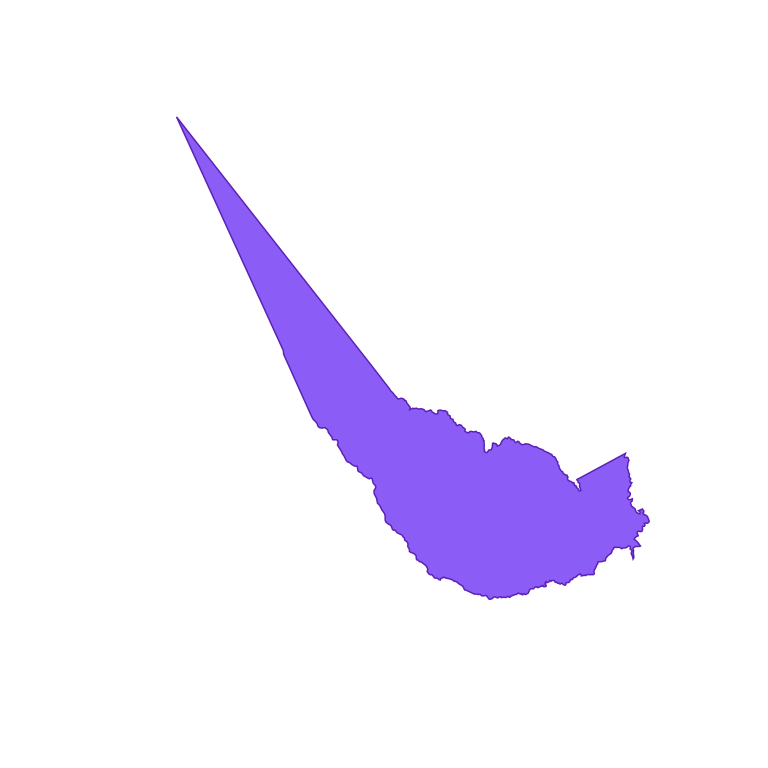 outline of Nithi, Eastern, Kenya, rotated 25°
{"feature_id": "3690345B87545875120940", "entity_name": "Nithi", "entity_type": "district", "adm_level": 2, "iso_a3": "KEN", "parent_name": "Kenya", "parent_adm1": "Eastern", "projection": "albers", "projection_center": [37.753, -0.301], "detail": "fine", "context": "isolated", "style": "filled", "palette": "violet", "viewbox_px": 768, "rotation_deg": 25, "n_neighbors": 0, "source": "geoboundaries", "source_scale": "gbopen_adm2", "svg_char_len": 6168}
<svg xmlns="http://www.w3.org/2000/svg" viewBox="0 0 768 768"><g transform="rotate(25 384 384)"><path d="M83.1,229.6L278.7,396.3L280.6,399.6L332.1,444.0L334.8,446.0L337.2,446.7L340.1,448.2L342.2,450.3L344.0,450.8L345.4,450.5L346.5,450.2L348.9,448.4L352.1,449.3L352.9,449.9L354.0,451.4L359.4,454.3L360.8,456.1L361.8,456.0L364.0,454.8L365.3,454.7L366.2,455.1L367.0,456.3L367.6,459.0L374.4,463.4L375.5,464.6L378.3,466.2L382.4,469.5L383.8,470.0L386.1,469.8L389.1,470.6L391.2,470.8L392.5,470.7L393.6,470.1L394.5,470.0L397.0,473.6L397.9,474.0L401.7,474.2L404.1,475.7L409.9,476.2L410.9,476.0L411.9,474.9L412.9,474.6L416.3,478.6L418.5,479.4L420.0,480.7L420.4,482.0L420.0,484.6L420.5,486.0L421.8,487.8L425.6,490.8L428.4,494.7L431.7,496.0L435.0,498.8L439.0,501.1L440.5,502.6L442.7,507.0L444.0,508.3L447.2,509.1L449.3,509.1L450.6,509.7L452.9,512.0L454.2,512.5L455.4,512.0L456.4,512.1L458.9,513.3L464.2,513.3L466.1,514.6L467.4,514.8L468.4,516.3L469.1,516.9L471.4,517.2L473.2,518.6L474.3,521.3L476.9,523.1L477.8,525.0L479.4,525.3L481.4,525.0L483.8,525.2L485.8,526.2L487.3,529.0L488.1,529.5L489.2,529.3L491.4,530.0L492.8,529.5L498.8,530.9L501.7,532.9L502.5,535.8L504.9,537.2L506.8,537.3L507.6,536.7L508.5,536.7L511.4,538.3L512.4,538.4L514.2,537.3L516.6,538.1L517.9,537.8L517.7,536.1L519.3,534.8L519.3,534.1L520.1,533.6L521.6,533.9L525.1,533.0L528.0,532.6L531.1,533.1L532.2,532.6L534.3,532.8L535.6,533.3L540.9,534.0L544.1,536.5L545.8,536.2L555.0,536.2L555.7,535.4L558.2,535.1L559.9,534.0L562.0,534.6L563.2,534.3L565.1,532.9L565.9,532.6L567.1,532.9L569.7,534.4L570.6,534.5L571.7,533.9L572.8,532.5L573.7,530.6L574.5,529.9L576.6,530.0L577.7,529.7L578.2,528.5L578.9,527.9L579.8,527.6L580.5,528.1L582.3,526.8L584.4,526.1L585.2,525.6L585.4,524.8L586.2,524.0L587.7,524.4L588.5,523.7L588.6,522.5L589.4,522.1L590.0,521.0L590.9,520.5L591.6,519.4L593.2,518.6L593.5,517.3L594.4,516.7L596.4,516.8L597.2,515.9L598.1,516.5L598.9,516.4L599.0,515.4L599.6,514.7L600.5,515.1L601.5,514.8L603.1,512.5L603.0,508.7L603.4,507.9L604.4,507.1L605.8,506.6L606.4,505.4L606.4,504.6L608.1,503.2L609.1,503.7L610.2,502.9L611.7,500.9L612.7,500.5L612.6,499.7L613.6,499.5L614.5,500.2L616.3,499.1L616.3,498.3L615.8,497.7L614.7,497.5L614.0,495.6L614.3,494.7L615.2,495.5L616.2,494.7L617.3,493.2L617.5,491.9L618.7,492.3L619.3,491.0L621.2,490.2L623.0,491.3L623.8,490.7L624.9,491.1L626.0,491.1L626.8,490.6L627.6,491.0L628.6,490.6L629.0,489.6L629.7,489.2L630.7,489.8L632.2,490.1L633.0,489.9L633.6,489.2L632.9,487.4L635.5,485.6L635.9,483.5L635.7,482.4L636.6,482.2L637.4,481.2L637.4,480.0L639.6,477.6L640.1,476.5L640.2,475.5L641.0,474.8L641.4,473.9L642.2,473.3L643.1,473.4L643.7,474.6L644.6,474.2L646.5,472.5L647.6,472.5L648.7,470.9L654.3,468.3L654.7,467.6L654.5,466.4L653.6,465.5L653.3,464.7L653.5,459.9L653.3,458.2L653.7,456.4L653.0,454.9L656.7,452.8L657.5,451.9L659.2,450.8L659.2,449.7L658.6,448.5L658.6,447.5L659.1,446.8L659.5,444.9L661.5,441.3L661.4,439.3L660.9,438.2L661.8,436.3L661.4,435.0L662.3,434.3L663.5,434.0L666.5,432.5L669.2,432.8L669.7,431.7L672.3,430.3L673.0,429.6L674.0,427.4L674.8,427.0L675.6,427.1L676.2,427.7L676.7,429.5L678.6,430.0L679.3,430.6L679.6,433.1L682.5,435.7L683.7,437.3L683.8,435.6L681.1,431.3L680.5,429.2L679.3,428.1L679.3,426.8L680.9,424.8L683.6,423.6L684.9,422.5L681.4,420.5L677.6,419.1L676.5,419.1L676.2,418.4L677.5,415.0L678.4,414.6L678.3,413.7L676.8,412.6L676.2,411.6L676.4,410.2L677.3,409.7L678.6,409.5L680.0,408.6L679.9,406.7L678.5,404.2L678.7,403.4L680.0,403.0L680.3,401.8L678.8,400.2L679.7,399.5L681.2,399.1L682.0,398.4L682.4,397.2L682.4,396.3L678.8,392.8L676.8,392.2L674.2,392.4L673.3,391.6L673.6,390.3L673.0,389.2L671.0,388.1L668.1,391.3L670.0,391.7L670.6,392.5L670.7,393.4L669.9,393.8L667.4,393.7L666.3,393.2L664.2,391.0L660.2,390.1L658.5,388.6L657.7,387.6L657.7,386.7L658.3,385.3L658.0,383.9L657.5,383.1L656.3,384.5L655.1,385.3L653.2,384.9L652.8,383.9L654.0,382.0L653.9,380.1L653.4,378.9L652.1,378.3L650.5,378.1L650.0,375.9L650.0,373.2L650.6,372.5L650.0,370.1L650.4,368.7L647.9,368.6L647.6,367.1L647.8,365.8L646.8,365.1L645.5,364.8L644.5,361.8L643.4,361.2L641.7,358.9L640.2,357.7L638.4,352.2L638.3,349.8L636.3,347.8L635.2,347.6L633.6,348.9L632.5,348.7L632.1,344.9L600.6,387.3L599.6,388.3L599.2,389.1L599.8,389.7L601.0,389.9L601.6,391.2L603.5,391.5L604.6,394.4L607.0,396.6L607.3,397.4L606.8,398.0L606.0,398.3L604.3,397.0L602.1,396.4L601.8,395.5L600.6,395.0L599.8,395.6L598.7,394.5L598.0,393.3L597.2,393.4L596.5,394.0L595.2,393.3L592.1,393.6L591.4,393.3L590.0,391.9L590.1,390.6L589.1,390.3L588.5,389.3L586.9,389.7L584.1,389.2L583.3,388.2L580.7,387.7L577.9,385.5L576.9,383.9L575.9,383.7L575.0,382.8L574.6,381.3L572.6,380.4L571.7,379.3L569.4,377.9L568.5,378.2L567.4,378.1L566.4,377.6L565.8,376.9L563.4,377.2L562.4,376.8L558.0,377.1L556.0,376.5L551.6,376.9L548.8,376.5L547.7,376.8L546.9,377.5L542.2,377.5L541.2,377.3L537.4,378.4L536.2,379.9L534.5,380.7L532.5,380.4L530.5,379.3L529.4,379.4L528.4,381.3L527.4,381.3L525.1,379.8L523.2,380.5L520.4,379.4L519.3,379.5L519.0,381.5L516.8,381.6L516.1,382.4L515.9,383.6L515.2,384.7L514.9,388.0L515.1,389.0L514.8,390.2L513.9,391.4L513.0,392.3L512.2,392.0L511.8,391.1L510.8,390.9L509.9,390.9L509.2,391.5L508.1,391.2L507.5,391.9L508.8,395.3L509.0,398.2L506.9,399.6L506.5,402.5L505.4,403.0L503.4,402.8L503.1,401.3L502.0,400.4L500.5,396.6L499.2,394.7L499.0,393.4L497.9,393.1L497.4,392.0L495.4,390.8L494.1,389.4L491.7,388.1L490.7,388.0L488.8,388.6L487.5,388.0L485.5,389.6L483.5,389.9L481.8,390.8L481.3,392.6L478.1,392.9L477.0,392.6L477.0,391.4L476.6,390.6L475.6,390.2L474.2,390.1L471.4,388.8L469.9,388.9L468.9,389.5L468.3,390.6L467.2,390.8L465.2,389.0L463.0,388.8L461.4,386.9L458.8,387.1L457.3,384.9L454.8,384.9L453.6,382.9L450.8,382.3L449.5,383.1L446.3,383.8L444.8,384.6L444.1,385.5L445.1,387.2L445.2,388.2L444.4,389.1L442.8,389.4L439.3,389.0L438.3,388.1L437.2,387.9L433.7,391.4L430.8,390.3L427.7,390.8L426.3,392.1L423.7,392.2L421.6,393.6L420.3,393.8L418.1,396.4L417.6,394.3L416.8,393.5L415.7,393.3L415.1,392.7L413.1,391.9L411.5,390.3L410.6,389.8L409.6,390.3L408.6,389.3L405.8,389.5L403.3,391.6L402.2,391.5L401.3,390.8L397.7,389.4L396.5,388.6L392.4,387.1L391.3,386.2L368.1,374.2L83.1,229.6Z" fill="#8b5cf6" stroke="#5b21b6" stroke-width="1.5"/></g></svg>